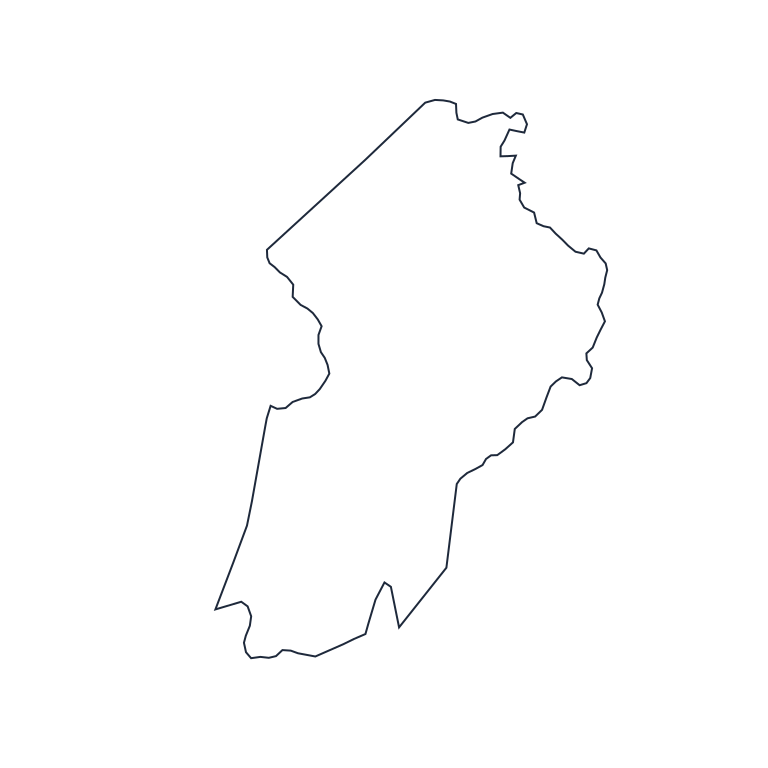 outline of Pojuca, Bahia, Brazil, rotated 326°
{"feature_id": "56859067B76883153618949", "entity_name": "Pojuca", "entity_type": "district", "adm_level": 2, "iso_a3": "BRA", "parent_name": "Brazil", "parent_adm1": "Bahia", "projection": "orthographic", "projection_center": [-38.236, -12.36], "detail": "fine", "context": "isolated", "style": "outline", "palette": "slate", "viewbox_px": 768, "rotation_deg": 326, "n_neighbors": 0, "source": "geoboundaries", "source_scale": "gbopen_adm2", "svg_char_len": 1882}
<svg xmlns="http://www.w3.org/2000/svg" viewBox="0 0 768 768"><g transform="rotate(326 384 384)"><path d="M362.0,207.3L358.0,213.8L356.7,219.9L358.7,225.9L360.1,233.3L363.5,241.0L364.3,250.9L357.0,260.7L359.1,271.8L362.7,278.6L364.7,285.4L365.2,293.4L364.6,301.2L357.1,306.7L352.1,314.1L349.5,322.3L349.5,329.2L347.9,336.6L344.5,344.8L337.2,348.6L327.9,352.3L321.4,353.8L315.1,353.6L308.1,350.3L298.2,347.8L289.0,348.9L281.5,344.8L277.8,338.7L267.6,346.9L261.7,352.9L208.7,407.6L191.2,424.8L159.4,447.6L118.2,476.6L143.9,484.7L146.6,492.1L144.0,502.3L137.6,509.4L128.7,515.4L123.2,520.2L119.6,529.2L120.5,537.0L128.9,541.1L135.4,546.6L142.3,549.2L151.0,547.8L157.6,552.9L162.1,559.1L168.5,565.4L174.7,571.5L205.0,577.0L216.6,578.6L228.8,580.9L236.7,574.2L256.4,558.0L273.4,548.8L276.3,556.0L260.4,594.2L333.0,571.2L388.4,507.6L394.4,505.2L403.3,504.3L412.4,505.6L420.4,506.3L426.7,503.2L432.9,503.0L438.1,506.3L448.2,505.9L458.3,504.5L467.3,494.4L477.2,492.8L483.8,492.7L491.1,495.5L500.6,493.8L511.2,486.0L520.7,479.3L528.0,478.0L535.2,478.0L542.5,484.9L545.5,494.4L552.3,496.5L558.3,494.4L565.3,487.3L565.5,477.6L568.9,471.8L577.4,470.5L586.4,464.4L593.9,460.1L602.2,455.6L604.5,446.5L605.5,437.7L610.4,433.4L615.8,430.2L622.4,424.5L627.0,419.5L632.7,414.4L635.2,408.0L634.2,400.2L634.8,392.0L629.6,386.1L622.6,387.7L616.7,381.4L614.0,372.2L612.5,364.0L610.4,355.3L609.1,347.1L604.5,342.4L600.5,336.1L604.3,325.8L598.9,316.1L599.5,307.0L603.5,302.0L606.5,294.2L613.2,295.8L610.8,290.0L607.1,280.7L614.2,272.9L621.0,268.4L614.4,264.5L607.9,260.4L613.4,252.5L620.1,249.5L630.3,243.2L635.5,248.6L640.9,254.0L647.8,248.6L649.8,238.2L645.2,233.3L637.6,234.0L634.3,225.5L625.0,220.9L614.5,218.2L606.6,217.5L599.9,214.7L593.1,205.9L595.7,199.6L600.3,192.1L596.6,186.7L591.7,182.0L585.1,177.0L575.5,173.8L493.7,187.7L362.0,207.3Z" fill="none" stroke="#1e293b" stroke-width="2"/></g></svg>